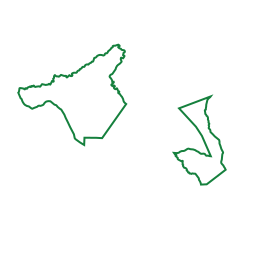 San Jorge, Ocotepeque, Honduras, rotated 68°
{"feature_id": "27666195B23999178125718", "entity_name": "San Jorge", "entity_type": "district", "adm_level": 2, "iso_a3": "HND", "parent_name": "Honduras", "parent_adm1": "Ocotepeque", "projection": "robinson", "projection_center": [-89.114, 14.655], "detail": "fine", "context": "isolated", "style": "outline", "palette": "green", "viewbox_px": 256, "rotation_deg": 68, "n_neighbors": 0, "source": "geoboundaries", "source_scale": "gbopen_adm2", "svg_char_len": 5616}
<svg xmlns="http://www.w3.org/2000/svg" viewBox="0 0 256 256"><g transform="rotate(68 128 128)"><path d="M100.2,181.6L105.6,181.3L113.6,180.5L117.4,181.2L118.6,180.9L123.4,177.9L125.6,176.3L127.3,175.0L120.7,172.0L125.3,160.9L127.7,155.8L105.1,120.7L103.6,121.5L102.2,122.0L101.2,122.0L99.4,121.7L97.0,121.9L95.2,122.5L93.3,122.9L92.4,123.7L91.9,123.9L91.7,123.9L91.5,123.7L91.4,123.4L91.4,122.8L91.3,122.6L91.1,122.5L90.7,122.6L90.4,123.1L90.2,123.3L87.3,123.3L87.1,123.5L87.4,124.3L87.4,124.8L87.2,125.2L86.8,125.6L86.0,126.0L85.2,126.0L84.8,125.6L84.8,125.0L84.6,124.7L84.4,124.6L84.0,124.6L83.5,124.9L83.2,125.3L83.2,125.7L83.3,126.3L83.2,126.7L82.7,127.1L82.2,127.3L81.8,127.3L81.5,127.0L80.8,124.9L80.5,124.3L80.2,124.0L79.9,124.0L79.8,125.0L79.7,125.2L79.5,125.4L79.1,125.3L78.4,124.9L77.9,124.9L75.7,125.2L74.1,125.8L73.5,125.8L72.8,125.3L72.3,124.5L72.1,123.8L72.1,122.6L71.8,121.9L68.9,117.5L67.5,116.4L66.2,114.7L65.8,113.6L65.2,111.2L64.3,109.4L64.1,109.1L63.7,109.0L61.7,109.0L60.7,108.5L60.4,108.3L60.3,108.0L60.4,107.7L61.2,106.9L61.5,106.4L60.7,105.1L60.2,104.5L59.9,104.3L59.6,104.4L59.0,105.2L58.7,105.3L58.4,105.2L57.7,104.6L56.8,104.1L56.6,103.7L56.5,102.9L56.2,102.4L55.7,102.2L55.2,102.2L54.8,102.3L54.4,102.6L53.7,103.8L53.0,104.7L52.7,104.8L52.2,104.8L51.9,104.9L50.9,106.1L50.0,106.6L49.4,106.8L49.1,106.6L48.9,106.1L49.1,105.4L49.0,105.2L48.7,105.0L48.2,105.1L48.0,105.7L47.9,105.9L47.6,105.9L47.4,105.6L47.2,105.7L47.0,106.7L46.9,109.2L46.4,110.2L46.3,111.1L46.4,111.4L47.0,111.6L47.3,111.9L47.5,112.5L47.4,113.2L48.1,114.1L48.6,115.1L49.5,117.8L50.4,118.6L50.6,119.1L50.8,119.7L50.4,120.6L50.5,121.3L50.8,121.8L51.5,122.4L51.6,122.9L51.6,123.4L51.5,123.8L50.5,125.0L49.7,126.6L49.5,127.9L49.6,129.3L49.8,129.9L50.3,130.7L50.5,131.3L50.6,132.0L50.4,132.7L50.5,133.1L52.6,134.8L53.1,135.3L53.3,135.7L53.3,136.0L53.0,136.5L53.0,136.8L53.6,137.7L53.7,139.5L53.8,139.9L54.2,140.5L54.3,140.8L54.3,141.2L53.9,141.6L53.7,142.1L53.6,142.8L53.6,143.5L53.9,144.4L54.6,145.0L54.9,145.6L54.8,146.1L54.4,146.8L54.4,147.3L54.6,147.8L55.1,148.5L55.3,148.9L55.4,149.5L55.4,150.3L55.5,150.7L55.7,151.0L56.1,151.2L56.3,151.5L56.3,151.8L56.2,152.7L56.3,153.4L56.6,153.9L57.2,154.5L57.4,155.0L57.3,155.6L56.8,156.6L56.5,157.4L56.4,158.4L56.5,159.3L56.7,159.7L57.1,159.9L57.4,159.9L57.9,159.7L58.3,159.8L58.6,160.1L58.8,160.5L58.6,161.3L58.2,161.9L57.8,162.2L57.3,162.4L57.1,162.6L58.2,165.3L58.2,165.7L57.8,166.0L57.0,165.7L56.5,165.9L56.2,166.5L55.8,167.7L53.7,170.2L53.7,170.4L54.0,171.1L54.4,172.3L54.5,172.9L54.0,173.4L53.6,174.5L53.2,175.0L52.6,175.6L51.8,175.8L51.6,176.1L51.8,176.6L52.4,177.2L52.9,177.5L53.5,177.6L53.8,177.8L54.0,178.2L54.2,178.7L54.3,178.9L56.8,179.4L57.0,179.5L57.1,179.8L57.0,180.1L56.8,180.2L56.2,180.3L56.0,180.5L56.0,180.8L58.1,183.1L58.5,183.6L58.6,183.8L58.4,184.1L57.8,184.2L57.5,184.6L57.5,185.1L57.8,185.9L57.5,187.0L57.3,188.1L55.2,191.2L55.3,191.5L55.9,192.5L56.7,193.8L56.7,194.2L56.2,194.6L56.0,195.0L55.4,197.2L55.2,198.6L54.4,199.2L53.7,199.3L53.4,199.5L53.4,199.8L53.7,200.2L53.8,200.7L53.6,201.0L53.1,201.2L53.0,201.5L53.0,201.8L53.5,202.1L53.6,202.5L53.5,202.9L53.0,203.0L52.8,203.3L52.9,204.3L52.9,205.7L53.1,206.1L53.6,206.6L53.7,207.1L53.5,207.4L52.9,207.7L52.8,208.2L52.9,208.6L53.4,208.9L53.5,209.2L53.2,209.6L52.5,209.9L51.9,210.7L50.8,212.5L50.5,213.4L50.5,213.6L50.8,213.9L52.3,214.7L54.0,216.0L53.9,216.4L53.4,216.5L60.3,216.4L60.8,216.0L61.4,215.8L63.5,215.9L64.8,215.8L66.7,215.4L67.9,214.9L69.6,213.6L70.9,211.8L73.0,210.6L74.1,209.8L74.3,209.5L74.2,207.3L74.3,204.5L74.2,203.9L73.9,203.1L73.9,202.6L74.0,202.0L74.5,201.3L74.7,200.8L74.8,199.4L74.8,198.3L74.6,197.5L73.9,196.6L73.3,195.4L73.0,194.5L72.9,193.9L73.0,192.9L73.3,191.7L73.8,190.6L74.2,189.9L78.7,187.5L79.2,187.0L79.7,186.3L80.2,185.9L82.2,185.3L83.1,184.8L84.6,184.0L85.9,183.0L91.8,182.0L95.1,182.0L100.2,181.6ZM129.7,39.5L128.9,73.3L152.3,64.5L163.0,62.4L185.2,61.8L184.6,62.9L183.6,64.2L183.1,65.6L182.7,66.0L180.9,66.5L180.2,67.3L179.3,69.9L178.5,70.6L176.5,71.7L174.8,73.3L174.0,73.7L173.5,74.2L172.3,75.6L171.0,78.1L169.9,79.5L169.7,80.1L169.7,81.0L170.2,83.6L170.2,84.6L170.0,85.5L169.5,86.8L169.5,87.7L169.5,88.7L169.9,90.0L169.9,90.6L169.5,92.3L168.3,94.7L170.5,94.2L170.8,93.5L171.1,93.3L171.5,93.4L171.6,94.1L171.9,94.3L174.3,93.1L174.6,93.2L175.1,93.5L175.9,93.3L176.6,92.8L178.7,91.0L178.9,90.6L178.8,90.0L179.0,89.7L179.6,89.8L180.4,90.4L181.3,90.5L182.0,91.0L182.3,91.0L183.0,90.7L183.3,90.9L183.7,91.2L184.1,91.2L185.1,91.0L186.0,90.7L186.4,90.0L186.6,89.7L187.2,89.3L187.7,89.1L188.6,89.0L189.1,89.4L189.4,89.5L189.6,89.4L190.0,89.1L190.3,88.9L191.5,88.9L191.8,88.8L192.0,88.3L192.2,88.0L192.6,88.0L193.0,88.1L193.3,87.9L193.6,87.1L194.3,86.4L194.2,85.4L195.1,83.9L195.4,83.0L195.7,82.7L196.2,82.5L201.2,81.2L201.6,81.3L202.1,81.5L202.6,81.6L204.2,81.3L205.9,81.2L207.8,81.5L209.7,76.1L203.3,53.1L201.5,53.2L199.6,53.6L198.6,53.6L196.5,54.4L195.7,54.6L195.2,54.6L194.0,54.1L192.5,52.9L188.1,50.6L187.4,50.1L186.8,49.3L186.3,49.0L185.6,49.0L182.4,49.3L179.0,49.0L177.1,49.0L176.4,48.9L175.0,48.3L173.5,48.0L173.0,48.1L168.3,50.7L165.6,51.7L163.6,52.6L162.6,53.0L162.2,52.9L161.2,52.6L160.4,52.5L159.7,52.7L158.8,53.2L158.3,53.2L157.9,53.0L157.4,52.5L157.0,52.3L156.6,52.1L155.9,52.2L155.4,52.0L155.2,51.8L154.9,51.3L154.5,51.1L154.2,51.0L153.5,51.3L153.1,51.3L151.7,50.7L150.0,50.7L148.8,50.1L148.1,50.0L147.0,50.0L146.1,50.6L144.9,50.6L144.1,51.0L143.8,51.0L142.5,50.6L141.0,50.3L140.4,50.1L140.2,49.8L140.2,49.2L140.0,48.9L139.2,48.6L137.4,47.5L135.7,46.7L131.8,43.9L131.5,43.5L130.7,42.1L130.2,40.3L129.7,39.5Z" fill="none" stroke="#15803d" stroke-width="2"/></g></svg>